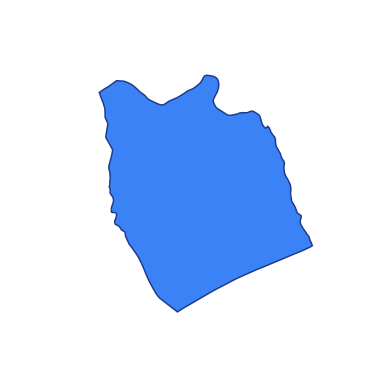 Sageata, Buzau, Romania (orthographic projection), rotated 211°
{"feature_id": "2599482B66613850567088", "entity_name": "Sageata", "entity_type": "district", "adm_level": 2, "iso_a3": "ROU", "parent_name": "Romania", "parent_adm1": "Buzau", "projection": "orthographic", "projection_center": [27.041, 45.126], "detail": "fine", "context": "isolated", "style": "filled", "palette": "blue", "viewbox_px": 384, "rotation_deg": 211, "n_neighbors": 0, "source": "geoboundaries", "source_scale": "gbopen_adm2", "svg_char_len": 3933}
<svg xmlns="http://www.w3.org/2000/svg" viewBox="0 0 384 384"><g transform="rotate(211 192 192)"><path d="M247.5,276.8L247.7,276.5L248.0,275.9L248.9,273.8L250.0,271.6L250.7,270.1L252.0,267.6L253.4,265.1L254.0,264.3L254.6,263.4L256.5,260.9L258.5,257.9L260.7,253.2L261.4,252.1L262.7,251.1L263.5,250.7L264.7,250.3L267.5,249.8L271.5,249.4L276.6,249.0L278.3,249.2L279.3,249.5L281.2,250.2L283.0,250.6L288.0,251.0L289.4,251.2L290.3,251.6L295.0,252.5L296.8,252.7L299.2,253.0L303.4,252.7L307.5,251.9L311.1,250.0L314.0,248.5L317.7,239.8L320.7,234.1L321.7,231.8L322.0,231.0L322.6,230.0L322.8,229.6L322.5,229.4L322.0,229.0L319.1,226.5L317.2,225.0L315.2,223.5L314.7,223.2L314.2,222.8L311.9,220.7L309.8,218.8L309.2,218.0L305.6,212.4L304.9,211.2L299.3,207.3L296.3,199.7L295.0,196.6L294.5,195.6L294.4,195.0L294.2,194.7L293.1,193.8L290.5,192.4L288.0,191.0L286.3,190.0L282.5,187.7L281.8,187.2L281.4,186.7L279.9,182.6L279.7,181.5L279.1,180.4L278.6,178.2L277.4,174.0L277.2,173.1L276.9,172.1L276.7,171.6L275.5,169.4L273.6,167.6L272.9,166.9L272.5,166.4L272.0,165.7L269.4,162.0L268.9,161.2L268.6,160.6L268.5,160.3L268.3,159.7L268.1,159.2L266.2,155.9L265.7,153.9L263.7,152.4L263.2,151.7L261.6,148.8L257.6,147.0L256.5,146.4L254.3,143.3L253.5,139.5L252.9,136.8L250.7,133.3L249.6,133.5L247.1,134.9L246.6,134.8L245.8,134.5L244.5,132.9L243.4,128.7L243.6,128.3L243.6,128.2L243.5,127.8L242.7,126.3L241.9,125.4L241.0,124.9L240.3,124.9L238.7,125.1L236.9,125.1L236.6,125.0L235.1,124.3L234.3,124.0L233.8,123.6L233.3,123.4L232.7,123.2L232.3,123.1L232.1,123.1L231.3,123.4L230.6,123.2L229.9,123.2L229.0,123.1L228.2,122.5L228.0,122.2L226.1,119.8L225.1,119.1L224.7,118.9L224.0,118.3L222.0,117.0L220.9,116.3L220.2,115.7L219.4,115.2L218.0,114.5L217.7,114.4L216.8,114.1L214.5,113.2L211.8,112.0L210.8,111.5L209.8,111.1L209.6,111.0L206.7,109.7L204.3,108.4L202.3,107.2L200.1,105.8L198.8,105.0L197.8,104.3L196.7,103.5L195.9,103.0L192.1,100.2L191.4,99.7L190.9,99.3L188.8,97.6L188.2,97.2L187.4,96.8L186.2,95.8L184.3,94.6L183.8,94.2L182.2,93.2L181.4,92.6L180.4,92.1L175.2,89.0L172.9,87.8L172.0,87.2L171.3,86.8L170.0,86.2L168.7,85.7L167.7,85.2L166.4,84.8L164.9,84.3L164.4,84.3L164.2,84.3L162.6,84.1L154.4,83.1L151.5,82.8L151.1,82.7L150.9,82.7L149.4,82.5L147.6,82.3L145.7,82.1L142.7,81.7L139.6,88.0L139.0,89.1L133.7,98.7L128.9,107.4L127.1,110.7L121.5,120.7L109.2,140.8L96.5,158.9L88.0,170.3L86.6,172.2L78.4,183.4L75.5,187.4L68.0,197.5L67.6,198.0L65.5,201.0L63.1,204.6L62.4,205.6L61.2,208.0L62.3,208.8L63.6,210.0L66.1,211.4L67.5,212.9L68.7,213.9L71.8,215.1L74.5,216.4L78.3,218.2L80.7,219.4L82.6,220.7L84.2,222.7L84.6,223.6L85.2,225.9L86.0,227.7L87.1,228.0L89.7,228.2L91.0,228.4L92.4,229.3L95.2,231.8L96.8,232.7L99.1,234.1L100.7,234.8L102.0,235.7L104.6,238.8L106.7,241.3L108.2,244.5L110.7,248.1L112.5,249.6L116.1,251.9L118.6,253.2L120.0,254.0L122.4,255.9L124.1,257.8L125.6,259.9L127.3,263.6L127.9,264.7L129.2,265.7L131.5,266.7L134.2,268.5L136.2,270.5L141.2,273.3L143.0,274.3L144.6,275.9L145.4,276.7L147.6,280.1L149.5,281.7L150.6,282.0L154.7,283.7L156.8,285.2L158.9,286.8L161.0,287.2L161.0,286.4L161.8,284.5L162.3,284.6L164.1,285.0L165.3,285.5L166.2,286.1L166.6,286.2L168.0,287.4L171.9,291.1L172.6,291.7L173.8,292.3L174.6,292.6L178.4,292.7L179.5,292.7L180.2,292.7L181.3,292.6L182.6,292.0L183.1,291.6L185.0,289.1L185.8,288.2L186.9,287.5L189.3,286.2L192.0,284.1L193.4,282.1L197.1,278.7L199.0,277.2L199.9,276.7L201.5,276.3L213.0,276.6L214.7,276.9L215.7,277.3L218.2,278.8L219.6,279.8L220.4,280.7L221.1,281.6L221.3,282.2L221.6,285.0L221.9,289.8L221.9,290.3L222.1,291.8L222.5,292.9L223.1,295.2L223.6,296.5L224.8,298.5L226.7,300.7L227.5,301.3L228.6,301.9L229.9,302.3L231.1,302.3L232.0,302.2L233.4,302.2L235.6,301.2L237.2,300.7L238.6,300.1L239.7,299.4L240.7,298.4L241.0,297.8L241.2,296.1L241.0,293.4L241.0,291.3L241.1,289.8L241.7,287.7L243.3,283.5L244.0,281.8L245.0,280.1L245.9,279.0L246.4,278.3L247.2,277.4L247.4,277.1L247.5,276.8Z" fill="#3b82f6" stroke="#1e3a8a" stroke-width="1.5"/></g></svg>